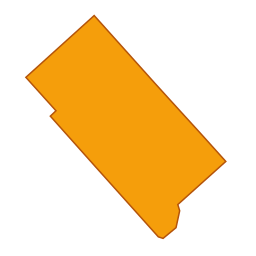 the district of Martin, Indiana, United States of America, rotated 318°
{"feature_id": "52423323B6145912014640", "entity_name": "Martin", "entity_type": "district", "adm_level": 2, "iso_a3": "USA", "parent_name": "United States of America", "parent_adm1": "Indiana", "projection": "natural_earth1", "projection_center": [-86.816, 38.7], "detail": "fine", "context": "isolated", "style": "filled", "palette": "amber", "viewbox_px": 256, "rotation_deg": 318, "n_neighbors": 0, "source": "geoboundaries", "source_scale": "gbopen_adm2", "svg_char_len": 349}
<svg xmlns="http://www.w3.org/2000/svg" viewBox="0 0 256 256"><g transform="rotate(318 128 128)"><path d="M178.1,21.8L86.0,22.0L86.0,50.4L86.0,67.0L78.2,67.2L77.9,135.1L77.7,229.2L80.2,233.5L97.0,234.2L111.0,224.1L113.8,218.2L178.3,218.3L178.3,180.6L178.0,135.1L177.9,112.5L178.1,21.8Z" fill="#f59e0b" stroke="#b45309" stroke-width="1.5"/></g></svg>